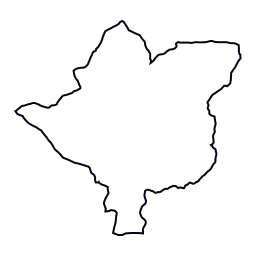 Goenshari, Punakha, Bhutan (orthographic projection)
{"feature_id": "84629894B19712913086843", "entity_name": "Goenshari", "entity_type": "district", "adm_level": 2, "iso_a3": "BTN", "parent_name": "Bhutan", "parent_adm1": "Punakha", "projection": "orthographic", "projection_center": [89.771, 27.719], "detail": "fine", "context": "isolated", "style": "outline", "palette": "ink", "viewbox_px": 256, "rotation_deg": 0, "n_neighbors": 0, "source": "geoboundaries", "source_scale": "gbopen_adm2", "svg_char_len": 5470}
<svg xmlns="http://www.w3.org/2000/svg" viewBox="0 0 256 256"><path d="M227.3,86.2L228.4,85.2L230.2,83.4L230.8,80.0L231.2,72.8L233.5,69.5L235.0,67.6L235.8,65.9L237.5,62.8L238.7,60.6L240.6,58.2L240.3,56.0L240.4,54.6L239.5,54.1L238.9,51.6L238.9,49.2L238.8,46.8L238.7,45.2L236.2,43.8L233.9,43.2L231.0,43.2L229.1,42.8L226.3,42.2L224.2,42.1L222.9,42.2L219.9,42.2L216.9,42.1L214.5,41.8L212.4,41.1L210.4,41.0L206.2,42.1L202.8,42.3L199.9,42.4L195.7,42.1L191.9,42.9L190.9,42.9L188.5,42.6L185.1,42.6L181.9,42.6L179.8,42.6L178.2,42.1L176.6,43.1L176.1,43.5L176.0,44.1L176.1,44.9L176.5,45.4L176.6,46.0L176.1,47.1L174.5,48.6L173.5,48.9L172.8,49.2L171.2,49.4L169.2,49.8L168.3,50.5L167.0,51.3L166.5,51.6L166.1,52.2L165.6,52.7L164.2,53.6L163.0,54.1L161.4,54.3L160.2,54.5L158.9,54.8L158.1,55.2L156.9,56.5L156.0,57.3L155.3,58.1L154.7,59.0L154.1,59.9L153.3,60.9L152.1,61.8L151.7,62.3L150.6,63.0L151.0,61.5L150.7,59.9L150.1,58.6L150.2,56.8L150.2,56.2L150.2,54.8L150.1,53.6L149.5,52.5L148.5,50.6L147.9,50.1L147.3,49.5L146.4,48.1L145.8,46.7L145.2,45.1L145.1,43.8L145.0,42.9L144.9,42.3L144.3,41.2L142.6,39.4L140.9,37.0L139.6,35.0L137.2,34.2L133.9,32.7L131.7,31.6L128.7,30.2L127.6,27.9L125.5,24.6L123.6,21.8L122.1,21.0L120.0,22.2L118.4,24.2L115.5,25.8L112.8,27.1L110.5,28.5L108.2,29.6L105.4,31.1L104.3,33.3L102.8,36.9L102.0,39.9L101.0,42.4L99.4,45.0L98.2,47.0L97.0,48.1L96.1,48.9L95.7,50.9L95.0,51.2L93.8,51.5L93.1,52.2L92.5,53.2L92.1,54.7L91.4,55.8L90.3,58.3L89.8,59.3L89.5,60.6L88.8,61.7L88.3,63.5L87.3,65.0L85.8,66.5L85.0,67.1L83.4,67.7L81.6,67.7L79.8,67.9L79.0,68.1L77.7,68.3L75.0,69.5L73.6,70.8L73.7,71.4L73.9,72.7L74.0,73.7L74.3,74.5L74.5,75.8L75.1,76.7L75.3,77.3L75.7,78.0L76.1,78.8L76.7,79.6L77.1,80.1L77.7,80.7L78.0,81.4L78.2,82.1L78.6,82.9L78.9,83.9L79.3,85.0L80.4,87.0L80.4,88.0L79.6,88.9L78.3,89.5L77.7,90.0L76.9,90.4L75.8,90.7L74.8,90.9L73.9,91.2L73.4,91.6L72.5,92.5L72.0,93.0L71.1,93.4L70.2,93.5L69.3,93.9L68.0,94.4L66.4,94.9L65.8,95.1L64.6,95.2L63.2,95.6L62.7,95.9L62.2,96.5L61.5,97.0L61.0,98.0L60.3,98.7L59.5,99.8L59.0,100.3L58.4,101.2L57.7,102.2L57.3,102.7L57.1,103.6L56.8,104.2L55.5,104.9L54.8,105.1L54.2,105.2L53.5,105.4L52.9,105.4L52.3,105.3L51.8,105.4L51.3,105.8L50.6,106.2L50.0,106.8L49.1,107.6L48.1,107.7L47.1,107.6L45.6,107.2L45.0,107.0L43.6,106.7L42.6,106.3L41.9,106.2L41.0,105.7L39.9,105.3L39.1,104.7L37.1,103.9L35.6,103.3L34.8,103.2L34.1,103.0L32.9,103.0L32.1,103.2L30.3,103.9L29.0,104.1L27.6,104.5L26.0,105.0L25.4,105.2L24.9,105.5L23.6,105.7L22.6,105.8L21.7,106.2L21.1,106.6L20.5,107.1L19.5,108.0L18.6,108.7L17.6,109.4L17.1,109.8L16.7,110.4L16.1,110.8L15.4,111.2L17.3,113.8L19.7,115.1L22.6,115.9L23.6,117.8L25.1,119.6L28.2,122.9L33.0,125.8L36.4,127.3L39.1,129.3L41.1,130.3L43.8,134.0L46.4,137.0L47.9,139.4L49.7,141.6L50.9,142.6L52.7,145.6L54.0,147.8L54.8,149.3L58.3,152.4L60.2,154.2L61.9,156.4L63.2,157.8L66.8,159.1L74.5,162.7L78.6,163.6L83.8,165.2L88.3,166.6L89.7,167.9L90.6,170.6L91.1,172.6L94.2,175.1L95.1,177.1L95.1,180.4L95.7,182.4L97.5,182.5L98.6,181.9L98.6,182.6L101.9,184.6L104.2,185.3L107.8,187.0L107.7,188.9L108.5,193.1L107.0,195.8L105.0,199.5L103.9,202.9L104.3,204.8L105.8,208.8L105.4,211.4L107.6,211.3L109.4,211.0L110.4,210.2L111.1,210.1L112.6,210.3L114.2,210.6L115.2,211.0L115.9,211.9L116.8,212.9L116.2,216.3L115.9,219.4L115.5,223.0L114.4,226.7L113.7,229.9L113.1,233.0L118.3,235.0L122.3,235.0L125.6,233.4L131.2,233.0L135.2,233.0L139.6,233.1L143.0,233.4L143.0,232.7L142.9,230.8L142.9,229.2L143.5,227.6L144.3,226.1L145.4,224.3L145.9,222.2L145.4,220.8L144.3,219.4L143.4,218.7L141.9,217.5L141.0,215.7L140.1,213.3L140.1,212.1L140.5,210.6L141.0,209.1L141.9,207.1L142.3,206.2L143.6,205.1L145.2,203.8L145.9,202.1L146.0,200.7L145.5,199.3L144.6,196.8L144.5,194.4L144.9,192.6L145.1,191.0L145.5,190.5L146.4,190.1L147.3,189.8L148.5,189.8L149.6,190.1L150.5,190.5L151.2,190.8L152.1,191.0L152.8,191.2L153.5,191.6L154.1,192.2L155.3,192.8L156.1,192.7L157.6,192.2L159.4,192.1L160.4,191.8L161.2,191.5L163.0,189.9L163.6,189.6L164.1,189.4L165.4,188.8L166.1,188.9L167.4,188.9L167.9,188.7L170.0,187.1L171.1,186.9L171.7,186.6L173.1,185.8L174.0,186.0L175.2,186.0L176.2,186.3L176.9,187.0L178.1,188.0L178.7,187.9L179.4,187.6L180.2,187.4L181.0,187.6L181.8,187.8L182.8,188.1L183.7,188.2L184.3,187.9L184.7,186.9L185.1,185.9L185.9,185.2L187.5,184.6L189.1,183.1L189.6,182.7L190.1,182.6L191.2,183.0L191.9,183.3L192.5,183.6L193.2,183.7L193.8,183.7L194.8,183.2L195.6,182.6L197.1,181.7L197.7,181.7L198.2,181.3L198.8,180.5L199.2,179.9L202.4,176.4L204.3,175.0L204.8,174.6L205.6,173.8L206.3,173.1L207.2,171.9L208.2,171.1L209.4,170.3L210.0,169.9L210.7,168.9L212.0,166.7L212.5,165.7L213.6,164.0L215.2,162.2L215.4,161.4L215.4,159.0L215.7,157.6L215.8,157.0L216.1,155.8L216.4,154.1L216.4,153.3L216.1,152.5L215.9,151.5L215.8,150.6L215.6,149.8L215.2,149.0L213.9,148.3L213.0,147.5L212.5,146.8L212.1,145.9L211.4,145.5L210.9,145.0L211.6,144.6L212.2,144.4L212.8,143.7L213.6,142.6L213.6,141.1L213.4,139.3L213.3,138.5L213.1,137.2L213.1,135.8L213.3,135.0L213.7,134.0L214.9,131.8L214.8,131.1L214.4,130.1L214.5,128.8L214.7,127.5L214.9,126.4L215.3,125.5L215.4,124.7L215.7,123.8L215.5,123.2L215.4,121.9L215.0,120.8L215.1,119.8L214.8,118.9L214.6,118.1L214.7,117.0L214.3,116.4L213.6,116.2L212.7,116.0L211.4,115.5L210.6,115.0L210.1,114.5L209.5,113.9L209.2,113.0L209.4,112.0L209.2,110.7L208.0,109.1L207.7,108.1L207.8,107.4L208.2,106.4L208.5,105.3L208.4,104.7L207.9,103.6L207.6,103.1L207.5,102.3L209.8,98.9L212.3,95.0L221.2,89.0L224.2,85.7L225.7,85.8L227.3,86.2Z" fill="none" stroke="#020617" stroke-width="2"/></svg>